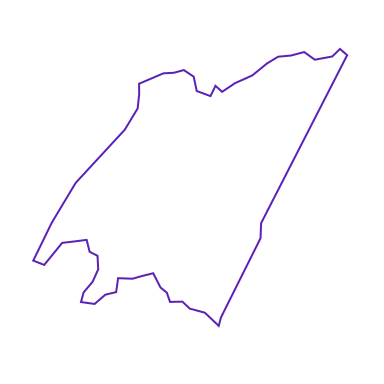 Frutuoso Gomes, Rio Grande do Norte, Brazil (Albers equal-area conic projection), rotated 267°
{"feature_id": "56859067B91987340852019", "entity_name": "Frutuoso Gomes", "entity_type": "district", "adm_level": 2, "iso_a3": "BRA", "parent_name": "Brazil", "parent_adm1": "Rio Grande do Norte", "projection": "albers", "projection_center": [-37.841, -6.16], "detail": "fine", "context": "isolated", "style": "outline", "palette": "violet", "viewbox_px": 384, "rotation_deg": 267, "n_neighbors": 0, "source": "geoboundaries", "source_scale": "gbopen_adm2", "svg_char_len": 775}
<svg xmlns="http://www.w3.org/2000/svg" viewBox="0 0 384 384"><g transform="rotate(267 192 192)"><path d="M312.0,169.7L302.9,144.8L292.6,144.4L278.3,142.1L257.8,128.2L207.2,76.3L168.6,50.3L131.8,29.9L126.9,40.6L148.0,59.7L148.9,73.6L149.7,84.3L137.7,86.6L133.2,94.3L119.7,94.3L107.5,88.0L97.4,78.5L87.9,75.4L85.3,88.9L94.0,100.1L96.0,111.0L109.8,113.7L108.5,128.1L110.6,137.2L112.9,149.0L98.2,155.6L92.8,161.6L83.4,164.3L83.0,176.7L75.7,183.6L70.8,198.5L56.9,211.7L65.1,214.3L142.2,258.0L157.3,259.4L320.5,354.1L327.1,347.3L320.0,339.2L317.7,321.6L325.9,311.3L323.1,298.1L322.6,285.1L316.5,273.7L305.3,258.4L298.5,240.8L290.5,227.3L296.8,221.0L286.8,215.5L292.6,202.0L307.1,199.7L314.2,190.2L312.0,180.1L312.0,169.7Z" fill="none" stroke="#5b21b6" stroke-width="2"/></g></svg>